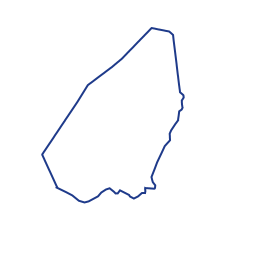 Shamal Jabal Marrah, North Darfur, Sudan, rotated 322°
{"feature_id": "16777658B34833163736503", "entity_name": "Shamal Jabal Marrah", "entity_type": "district", "adm_level": 2, "iso_a3": "SDN", "parent_name": "Sudan", "parent_adm1": "North Darfur", "projection": "albers", "projection_center": [24.528, 13.273], "detail": "fine", "context": "isolated", "style": "outline", "palette": "blue", "viewbox_px": 256, "rotation_deg": 322, "n_neighbors": 0, "source": "geoboundaries", "source_scale": "gbopen_adm2", "svg_char_len": 4019}
<svg xmlns="http://www.w3.org/2000/svg" viewBox="0 0 256 256"><g transform="rotate(322 128 128)"><path d="M35.2,131.2L35.3,131.4L39.8,140.6L42.6,146.8L44.5,155.1L47.9,159.9L51.8,161.6L62.3,163.4L67.2,162.4L72.8,162.9L76.4,164.2L77.7,169.7L77.9,171.9L79.6,173.2L83.3,172.2L87.6,181.4L87.4,183.2L89.2,187.2L93.8,188.1L98.9,187.8L101.2,189.5L101.4,189.7L101.6,189.5L102.5,188.8L103.0,188.1L103.3,187.7L103.6,187.2L103.8,186.8L103.9,186.7L104.1,186.4L104.3,186.2L104.6,185.9L104.7,186.1L104.8,186.1L105.0,186.3L105.2,186.5L105.5,186.8L106.1,187.3L106.4,187.5L106.8,187.9L107.0,188.1L107.3,188.4L107.5,188.6L108.2,189.1L108.4,189.4L108.8,189.7L109.2,190.1L109.6,190.4L109.8,190.6L110.1,190.9L110.5,191.3L110.8,191.5L111.1,191.8L111.5,192.1L111.9,192.1L112.0,192.0L112.3,191.8L112.4,191.7L112.6,191.6L112.8,191.4L113.0,191.2L113.3,190.9L113.6,190.6L113.8,190.4L114.0,190.2L114.2,189.9L114.2,189.7L114.2,189.4L114.2,189.2L114.2,188.7L114.2,188.0L114.2,187.8L114.2,187.7L114.2,187.1L114.2,186.0L115.0,184.0L115.2,183.5L116.2,181.4L116.3,181.1L123.1,177.1L125.9,175.4L129.8,173.0L131.4,172.2L137.8,169.0L138.8,168.5L143.7,166.0L145.8,164.9L149.7,164.2L152.2,163.8L153.6,163.5L155.4,160.9L155.9,160.3L157.3,158.2L158.9,157.3L160.6,156.4L160.9,156.3L167.2,154.2L168.4,153.8L168.6,153.8L171.4,153.0L172.1,152.8L172.1,152.7L172.3,152.6L172.5,152.4L172.9,152.0L173.3,151.6L173.6,151.3L175.4,149.6L177.2,147.8L178.0,147.0L178.4,146.6L178.5,146.5L178.6,146.4L178.8,146.4L179.0,146.4L179.7,146.4L180.3,146.5L180.7,146.5L180.8,146.5L181.0,146.5L181.3,146.5L181.6,146.5L181.9,146.4L182.0,146.3L182.3,146.2L182.7,146.0L183.0,145.8L183.2,145.7L183.5,145.6L183.7,145.2L183.9,144.7L184.2,144.2L184.5,143.7L184.7,143.3L184.8,143.1L184.9,142.9L185.0,142.7L185.6,141.9L186.1,141.1L186.3,140.8L186.8,140.2L187.0,139.9L187.1,139.7L187.3,139.5L187.4,139.4L187.7,139.3L188.1,139.2L188.7,139.0L188.9,138.9L189.8,138.6L190.1,138.5L190.3,138.4L190.6,138.3L190.7,138.2L190.8,137.9L191.1,137.6L191.5,136.8L191.7,136.6L191.8,136.4L191.8,136.1L191.8,135.8L191.7,135.5L191.7,135.3L191.1,132.4L191.0,131.9L191.2,131.5L191.4,131.2L191.8,130.6L192.1,130.1L193.0,128.5L193.9,127.0L194.7,125.6L198.5,119.3L199.2,118.2L200.1,116.6L204.9,108.7L205.6,107.6L212.8,95.6L218.0,86.9L220.5,82.9L220.8,82.4L220.3,79.5L220.0,78.1L220.0,77.9L219.9,77.4L219.7,77.1L219.5,76.9L219.3,76.7L219.2,76.5L219.0,76.3L217.3,74.4L216.9,73.9L216.5,73.4L214.3,70.9L213.4,69.8L213.3,69.7L213.2,69.7L210.7,66.7L210.5,66.4L209.4,65.2L208.7,64.4L208.4,64.0L208.3,63.9L208.2,63.8L207.9,63.8L207.6,63.8L207.4,63.9L207.1,63.9L206.8,63.9L206.4,64.0L206.1,64.0L205.2,64.2L204.6,64.2L204.3,64.3L204.2,64.3L203.8,64.4L203.7,64.4L203.4,64.4L203.1,64.5L202.8,64.5L202.4,64.6L202.2,64.6L201.9,64.6L201.6,64.7L201.2,64.7L201.0,64.8L200.6,64.8L200.4,64.8L199.8,64.9L199.5,65.0L199.4,65.0L198.9,65.0L198.4,65.1L198.2,65.1L197.8,65.2L196.5,65.4L196.3,65.4L196.1,65.4L195.0,65.6L194.1,65.7L193.2,65.8L191.7,66.0L190.6,66.2L189.8,66.3L189.5,66.3L184.0,67.1L183.3,67.2L182.2,67.4L179.9,67.7L176.4,68.1L176.2,68.2L175.6,68.3L174.2,68.4L173.8,68.5L173.6,68.5L173.3,68.6L172.5,68.7L168.1,69.3L167.8,69.4L166.0,69.6L165.9,69.6L165.6,69.6L165.4,69.7L164.9,69.7L163.5,69.7L162.9,69.7L162.2,69.8L161.7,69.8L161.3,69.8L160.5,69.8L160.1,69.8L158.2,69.9L157.3,69.9L156.7,69.9L155.6,70.0L155.1,70.0L154.8,70.0L152.6,70.1L152.1,70.1L151.5,70.0L151.1,70.0L150.3,70.0L149.4,70.0L145.0,69.9L144.6,69.9L142.9,69.9L140.0,69.8L135.0,69.7L127.1,69.6L124.8,69.5L123.4,69.5L122.7,69.5L104.2,76.3L91.7,80.4L89.2,81.2L87.8,81.7L87.0,81.9L86.5,82.1L85.2,82.5L84.9,82.6L83.3,83.1L82.9,83.3L82.1,83.6L81.2,83.8L80.8,84.0L80.1,84.2L75.8,85.6L74.1,86.2L73.1,86.5L69.2,87.8L66.3,88.7L63.2,89.8L58.0,91.5L57.1,91.8L56.9,91.8L56.4,92.0L47.5,94.9L46.8,95.1L45.2,95.7L44.9,95.8L44.4,95.9L44.2,96.0L43.9,96.4L43.8,96.9L43.5,98.2L43.4,98.5L42.9,100.8L42.7,101.4L40.0,112.7L39.8,113.7L37.6,122.9L36.5,127.5L36.1,129.2L36.0,129.6L35.9,130.2L35.8,130.7L35.7,131.2L35.4,131.2L35.2,131.2Z" fill="none" stroke="#1e3a8a" stroke-width="2"/></g></svg>